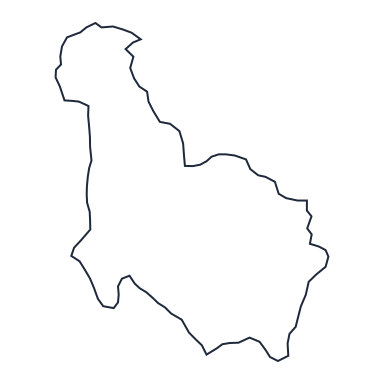 outline of São Sebastião do Rio Verde, Minas Gerais, Brazil
{"feature_id": "56859067B74090736562725", "entity_name": "São Sebastião do Rio Verde", "entity_type": "district", "adm_level": 2, "iso_a3": "BRA", "parent_name": "Brazil", "parent_adm1": "Minas Gerais", "projection": "mercator", "projection_center": [-45.029, -22.211], "detail": "fine", "context": "isolated", "style": "outline", "palette": "slate", "viewbox_px": 384, "rotation_deg": 0, "n_neighbors": 0, "source": "geoboundaries", "source_scale": "gbopen_adm2", "svg_char_len": 1495}
<svg xmlns="http://www.w3.org/2000/svg" viewBox="0 0 384 384"><path d="M88.5,106.0L88.1,115.7L89.2,127.6L89.9,136.6L90.1,147.1L91.5,160.5L89.2,167.9L87.8,176.8L86.9,186.6L86.7,194.6L87.1,202.8L89.7,211.7L90.1,220.6L90.3,229.5L81.0,240.3L74.1,247.7L71.3,255.9L79.6,261.3L85.3,270.5L90.1,278.7L94.0,288.0L97.9,298.8L103.2,306.2L113.7,308.1L118.0,302.4L118.7,294.7L118.0,286.4L121.9,278.7L129.5,275.7L134.8,283.7L139.8,288.3L146.4,292.3L153.4,298.5L158.1,303.1L165.0,307.4L171.1,313.5L181.7,319.7L189.0,332.6L196.1,339.8L201.9,345.3L206.5,354.6L216.7,348.4L222.4,344.2L229.8,343.0L238.5,342.7L249.6,337.6L259.6,341.8L265.7,350.1L270.0,357.0L277.9,361.0L288.3,355.8L287.6,343.4L289.5,333.8L295.7,326.8L298.0,317.5L300.9,306.3L305.8,294.7L308.7,281.8L316.3,274.4L325.6,266.8L328.4,256.6L325.6,250.1L318.8,246.5L309.9,243.8L311.7,234.4L307.2,228.4L311.5,216.3L306.9,210.6L306.9,200.5L297.3,200.5L286.1,198.1L278.7,193.8L274.9,181.8L265.4,176.8L258.2,175.3L250.3,169.1L246.0,159.4L234.8,155.5L225.6,154.3L218.8,154.3L211.6,156.7L206.6,161.2L200.2,164.7L192.9,166.1L184.9,165.9L184.0,155.5L183.1,143.4L179.4,131.1L170.0,123.8L159.9,121.9L153.5,111.4L148.5,101.6L147.1,91.7L139.4,86.6L134.1,78.4L130.2,68.0L133.4,56.7L125.6,49.1L133.0,42.5L140.7,39.3L131.6,32.7L122.6,29.4L113.0,26.5L101.5,27.4L95.4,23.0L86.4,27.4L80.3,32.4L74.1,34.7L67.0,37.4L62.0,46.4L60.3,56.4L61.0,64.5L56.0,69.7L55.6,77.4L59.9,86.6L64.5,100.4L72.3,100.9L78.9,101.6L88.5,106.0Z" fill="none" stroke="#1e293b" stroke-width="2"/></svg>